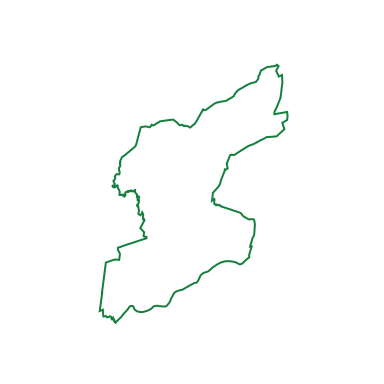 Zaņas pag., Saldus, Latvia (Natural Earth projection), rotated 293°
{"feature_id": "27541924B45294265092973", "entity_name": "Zaņas pag.", "entity_type": "district", "adm_level": 2, "iso_a3": "LVA", "parent_name": "Latvia", "parent_adm1": "Saldus", "projection": "natural_earth1", "projection_center": [22.206, 56.482], "detail": "fine", "context": "isolated", "style": "outline", "palette": "green", "viewbox_px": 384, "rotation_deg": 293, "n_neighbors": 0, "source": "geoboundaries", "source_scale": "gbopen_adm2", "svg_char_len": 5867}
<svg xmlns="http://www.w3.org/2000/svg" viewBox="0 0 384 384"><g transform="rotate(293 192 192)"><path d="M231.6,119.5L214.2,122.0L212.1,122.1L208.1,120.1L207.9,120.0L203.7,117.9L203.5,117.7L200.4,116.2L198.2,114.9L196.8,113.9L193.0,113.8L192.6,114.0L192.4,113.8L191.9,113.9L191.2,114.2L190.9,114.3L191.0,114.5L190.8,114.6L190.5,114.5L189.7,114.7L189.3,115.0L189.2,115.2L188.9,115.4L188.6,115.3L188.4,115.6L188.2,115.6L187.9,115.8L187.4,115.8L185.9,115.4L185.3,115.4L185.0,115.6L184.8,115.8L184.1,116.0L181.9,117.8L180.1,118.1L179.8,118.1L179.6,117.9L179.3,116.7L179.2,116.2L179.0,115.7L178.3,115.2L177.2,115.1L176.8,115.0L176.5,115.0L176.1,114.9L175.8,115.2L175.5,115.5L174.4,116.1L174.0,116.1L173.1,115.9L172.0,115.5L171.8,115.3L171.6,115.3L171.1,115.8L170.2,116.5L169.8,117.1L169.0,118.0L167.7,117.8L166.9,117.4L166.8,117.0L166.8,116.4L166.5,116.4L166.3,116.5L166.1,117.0L165.8,117.3L165.7,117.6L165.7,118.1L166.1,119.0L166.6,119.4L168.9,120.6L169.0,120.8L168.6,121.2L166.7,122.2L166.2,123.0L164.8,124.7L163.8,125.4L162.4,125.9L161.1,126.2L160.9,126.4L160.9,126.6L161.0,126.8L161.5,127.3L161.4,127.6L161.9,128.0L161.9,128.4L162.2,128.9L161.8,129.6L162.6,129.9L162.8,130.1L163.0,130.9L163.0,131.0L162.7,131.1L161.7,131.1L161.4,131.5L161.8,131.7L163.3,131.9L163.8,131.8L164.3,131.2L164.8,131.0L165.6,131.1L166.5,131.4L166.8,131.8L166.8,132.5L167.8,132.6L167.9,132.9L167.3,133.4L167.3,133.5L167.6,133.7L168.1,133.6L168.5,133.7L168.6,133.9L168.4,134.4L168.4,134.6L168.7,134.9L169.5,135.3L169.8,135.6L169.7,135.8L169.1,136.2L169.1,136.4L169.1,136.5L169.5,136.9L169.8,137.3L169.7,137.6L169.9,138.0L170.1,138.2L170.4,138.3L171.5,138.6L171.7,138.9L171.4,139.1L169.9,139.4L169.4,139.8L169.1,140.5L168.2,142.3L168.0,142.5L167.0,142.8L166.8,143.3L166.6,143.5L166.4,143.5L166.1,143.3L165.8,143.3L165.7,143.4L166.0,143.9L166.8,144.3L167.0,144.6L166.5,145.0L166.7,145.3L166.6,145.5L166.1,145.5L165.6,145.3L164.7,145.5L164.4,145.3L164.4,144.9L164.1,144.7L163.6,144.9L163.2,145.2L163.2,145.8L163.7,146.2L163.8,146.4L163.3,146.7L161.1,147.2L159.9,147.0L158.3,146.5L158.0,146.6L157.9,146.8L157.9,147.0L158.4,147.5L158.5,147.7L158.4,147.8L158.2,147.8L157.7,147.4L157.3,147.9L157.4,148.3L156.9,148.8L153.6,150.7L152.1,150.8L150.8,151.4L150.4,153.5L152.2,154.2L153.8,154.1L152.4,155.9L150.1,156.4L148.8,157.5L148.2,157.3L147.5,158.1L148.0,158.8L147.4,159.3L138.6,158.5L136.2,163.7L132.5,164.6L132.4,164.9L132.6,166.6L132.9,167.6L131.6,168.1L125.5,161.1L122.1,157.3L119.4,154.1L114.8,148.9L114.6,148.8L113.1,147.2L111.9,145.6L109.9,146.3L107.0,149.8L101.0,151.5L100.2,148.4L99.6,147.4L98.2,145.5L93.4,140.3L63.7,148.6L63.8,148.8L46.4,153.6L48.8,155.9L42.8,159.0L44.2,161.4L43.5,162.7L44.0,163.9L45.5,164.9L45.4,166.7L45.3,166.8L45.1,166.8L44.7,166.9L44.7,167.0L44.3,167.3L44.8,167.4L44.8,167.5L45.0,167.9L44.9,168.1L45.2,168.3L44.7,168.5L44.9,168.6L44.8,168.8L45.1,168.8L44.9,169.1L44.7,169.1L44.5,169.3L44.5,169.5L43.9,169.7L44.0,169.9L43.7,170.2L43.7,170.3L43.4,170.3L42.9,170.5L42.9,170.8L43.1,171.0L42.9,171.5L42.2,171.7L42.3,172.1L41.9,172.2L41.7,172.7L43.4,173.2L49.4,175.7L50.7,176.0L53.2,176.7L58.5,178.6L62.0,179.3L62.9,179.9L63.5,180.7L63.9,182.1L63.2,183.2L61.8,184.6L61.4,185.3L61.2,185.7L60.7,187.8L61.0,189.9L61.6,192.2L62.6,194.0L64.6,196.6L66.5,198.5L68.7,200.2L71.4,201.2L72.1,201.7L73.3,203.6L73.9,204.8L74.1,206.3L75.7,211.1L76.2,212.1L77.0,213.0L79.2,213.8L81.6,214.4L83.9,214.5L86.2,214.3L88.1,214.7L89.4,214.8L90.7,214.8L91.7,215.0L93.6,215.8L96.4,218.6L98.1,221.1L105.4,226.7L109.1,229.7L110.6,231.8L112.9,232.3L118.7,232.5L121.0,233.6L122.6,234.8L124.3,236.9L125.5,238.1L126.9,238.8L130.9,240.6L132.7,241.9L134.8,243.2L138.5,246.2L141.3,249.8L142.8,253.2L143.7,256.0L144.3,259.3L144.2,262.0L144.0,263.5L144.3,264.7L145.5,266.0L146.9,266.8L148.2,267.2L151.9,268.9L153.7,269.9L154.1,270.2L155.7,269.5L155.8,269.4L157.0,269.1L165.2,268.2L164.4,266.8L169.2,266.2L169.2,266.3L169.5,266.2L173.6,265.7L176.2,266.0L177.3,265.8L179.1,265.2L186.1,262.8L187.4,262.2L189.8,260.6L190.6,260.2L190.8,259.6L190.8,258.7L190.3,257.5L189.2,255.6L189.0,255.0L189.0,254.5L189.7,248.8L190.3,247.5L191.4,245.8L191.6,245.1L191.7,243.6L191.3,239.0L190.1,224.1L190.4,223.8L190.3,222.5L190.7,222.4L190.5,221.1L189.2,219.5L190.1,218.8L189.5,217.6L190.7,216.6L193.3,215.8L194.3,215.3L194.3,215.1L193.6,214.6L191.9,213.8L197.9,212.1L199.2,211.5L207.3,214.3L210.7,214.7L211.0,214.5L214.3,214.1L223.5,213.8L223.8,213.9L225.7,213.4L226.1,214.8L227.7,215.6L231.6,212.9L240.9,212.7L241.3,213.3L242.0,214.0L241.9,214.7L242.5,216.3L243.5,217.1L244.7,217.8L256.0,225.6L258.2,227.8L258.7,228.3L258.8,228.5L259.8,229.6L261.6,231.1L263.1,232.1L263.0,232.4L265.4,234.0L267.9,236.3L271.8,239.4L273.2,242.3L275.7,247.0L276.4,248.2L286.0,252.5L289.0,249.8L290.4,248.6L291.0,248.1L295.4,251.4L299.0,250.4L302.9,248.3L295.8,237.5L297.1,236.9L298.3,236.6L299.6,236.6L302.9,236.9L312.2,236.7L313.3,236.6L318.0,235.4L322.1,234.1L328.0,232.5L334.8,229.2L332.2,226.8L334.2,224.7L336.2,222.2L336.4,222.1L341.7,222.5L341.8,222.4L342.3,220.4L340.9,219.8L340.7,219.7L336.4,212.4L330.7,208.0L329.1,208.2L328.5,208.0L327.6,208.3L326.3,208.3L325.0,208.0L324.4,207.9L323.1,208.5L321.9,208.8L318.4,207.8L318.1,207.7L315.2,203.8L312.0,200.8L306.9,197.1L304.9,195.4L302.7,194.2L299.3,193.1L296.5,193.0L294.0,191.3L292.8,190.3L289.4,187.9L288.0,185.9L286.7,183.6L284.9,181.3L284.2,180.0L283.3,179.3L282.4,178.3L274.8,173.8L272.9,172.6L272.1,171.5L272.5,170.0L262.3,168.8L260.1,168.6L256.0,168.0L255.8,167.8L250.6,165.1L250.8,163.1L250.9,162.5L250.9,162.3L250.0,159.5L250.2,159.4L249.5,158.3L250.1,157.1L249.8,156.2L249.4,155.7L248.6,154.5L250.3,150.4L251.3,146.4L249.8,143.7L244.6,135.0L242.1,133.3L241.4,132.7L239.3,131.3L238.3,130.4L238.0,129.8L237.9,129.6L238.2,128.7L235.5,128.1L235.0,127.7L234.7,125.5L234.1,123.5L232.9,121.4L232.4,120.8L231.8,119.7L231.6,119.5Z" fill="none" stroke="#15803d" stroke-width="2"/></g></svg>